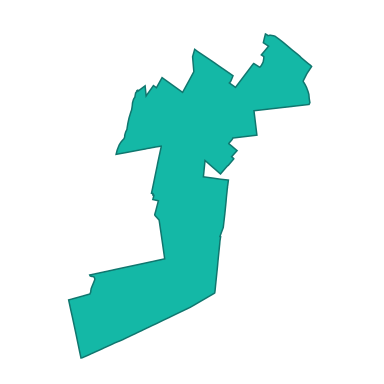 Lehliu Gara, Calarasi, Romania (Albers equal-area conic projection), rotated 168°
{"feature_id": "2599482B17056969376019", "entity_name": "Lehliu Gara", "entity_type": "district", "adm_level": 2, "iso_a3": "ROU", "parent_name": "Romania", "parent_adm1": "Calarasi", "projection": "albers", "projection_center": [26.883, 44.461], "detail": "fine", "context": "isolated", "style": "filled", "palette": "teal", "viewbox_px": 384, "rotation_deg": 168, "n_neighbors": 0, "source": "geoboundaries", "source_scale": "gbopen_adm2", "svg_char_len": 3681}
<svg xmlns="http://www.w3.org/2000/svg" viewBox="0 0 384 384"><g transform="rotate(168 192 192)"><path d="M159.7,331.0L163.3,324.2L164.7,313.2L165.2,309.3L171.8,301.5L180.5,291.4L197.5,310.1L205.1,301.4L207.6,304.1L216.9,295.5L215.8,305.6L223.6,302.0L223.5,302.6L223.8,302.9L224.3,302.8L225.0,302.4L225.4,301.6L226.2,300.8L226.5,300.7L228.3,296.4L228.7,296.1L229.1,295.8L229.6,295.2L230.3,294.2L231.0,292.8L231.7,291.5L232.5,288.8L233.7,285.6L234.2,284.5L235.0,283.3L238.2,277.5L240.5,272.4L242.2,268.0L242.6,266.8L244.4,264.5L245.7,262.1L246.2,260.9L246.3,260.1L247.4,258.3L249.3,257.0L251.2,255.5L253.4,253.2L254.8,251.1L256.5,248.5L257.4,246.7L257.6,246.2L257.9,245.7L258.4,244.6L248.8,244.3L231.0,243.9L229.1,243.8L228.2,243.8L227.3,243.9L225.6,243.8L223.9,243.7L221.9,243.7L219.9,243.6L219.0,243.6L218.1,243.6L215.0,243.4L212.6,243.3L212.6,242.9L219.3,228.0L220.6,224.9L225.3,214.2L227.6,208.9L230.2,203.0L231.5,200.1L231.9,199.2L230.7,198.7L230.9,198.1L230.5,197.9L230.8,197.0L230.0,196.7L230.8,194.9L231.9,192.8L226.7,190.4L228.9,186.0L231.5,180.8L233.1,177.8L233.2,177.4L233.1,176.9L232.9,176.4L232.7,176.0L231.9,174.7L230.6,172.4L230.0,171.3L230.0,171.2L231.6,146.8L232.6,132.3L254.3,132.2L275.7,132.2L309.3,132.1L309.2,131.5L309.0,131.0L307.8,130.3L306.5,129.9L305.4,129.1L305.1,127.1L305.5,126.2L307.1,123.8L309.7,120.0L310.7,118.5L311.5,116.5L311.7,115.7L312.0,115.0L313.2,113.4L314.2,113.4L324.7,112.7L335.1,112.1L335.1,108.2L335.1,101.3L335.0,94.6L335.0,91.8L335.0,77.1L335.1,60.1L335.1,52.7L333.7,52.7L331.5,53.2L331.3,53.2L328.8,53.7L326.5,54.2L324.8,54.6L324.2,54.8L322.9,55.0L320.3,55.6L316.5,56.4L312.4,57.3L310.6,57.8L308.7,58.2L304.0,59.2L301.4,59.8L299.8,60.2L299.6,60.3L295.2,61.1L294.3,61.2L292.2,61.6L290.8,61.9L290.2,62.0L289.7,62.2L289.2,62.3L288.5,62.5L288.4,62.5L287.6,62.7L286.8,62.9L286.1,63.1L284.7,63.4L283.4,63.7L282.3,64.0L281.5,64.2L281.0,64.3L280.5,64.4L279.8,64.6L278.3,64.9L278.0,65.0L277.0,65.2L275.2,65.7L273.5,66.1L271.8,66.5L270.8,66.7L269.6,67.0L268.5,67.3L267.4,67.6L266.8,67.7L265.6,68.0L264.5,68.3L263.4,68.5L258.6,69.7L255.8,70.3L253.6,70.8L251.3,71.4L246.6,72.6L240.5,74.0L240.3,74.0L239.8,74.2L234.6,75.5L230.1,76.6L218.1,79.5L217.7,79.6L217.3,79.7L217.1,79.8L215.2,80.4L213.3,81.0L208.2,82.7L191.8,88.1L190.8,88.5L190.7,88.7L190.0,90.6L187.9,97.2L186.2,102.5L185.3,105.3L182.4,114.3L181.0,118.9L175.8,135.1L174.8,138.4L173.3,142.3L174.0,142.6L168.8,150.8L164.5,163.6L161.0,174.5L159.5,179.5L158.6,182.3L157.7,185.0L157.1,187.0L156.6,188.4L156.3,189.2L156.0,190.4L155.7,191.0L155.1,192.7L153.9,196.1L161.8,198.7L168.5,201.2L177.7,204.5L172.7,220.1L160.4,203.7L154.0,208.6L151.7,210.3L151.1,210.4L144.4,215.6L144.2,215.8L144.2,216.0L144.3,216.1L145.9,218.3L139.3,223.1L142.7,227.5L143.4,228.4L143.6,228.7L143.7,228.8L144.1,229.3L146.0,231.6L146.0,231.8L142.2,234.7L141.2,235.7L140.8,236.3L116.7,234.1L114.5,258.6L67.7,254.1L60.4,253.4L59.8,253.4L59.3,253.3L58.1,254.9L57.9,259.1L57.4,263.2L57.6,266.1L58.1,269.5L58.2,270.3L59.0,273.4L59.7,275.5L60.2,276.6L60.2,277.4L58.7,279.3L55.0,283.9L48.9,289.9L49.3,290.6L49.9,291.5L51.6,293.4L57.3,300.7L58.3,302.4L59.3,303.7L60.3,305.0L62.2,307.3L64.2,309.7L70.6,318.0L71.8,319.5L75.0,323.3L78.4,327.1L79.6,327.8L83.1,329.2L84.1,329.1L85.3,329.2L85.6,329.8L87.3,331.3L89.0,327.9L91.2,323.2L86.8,318.7L91.7,314.8L95.7,311.7L93.6,309.5L93.6,309.4L94.1,307.6L94.5,306.5L95.4,304.3L97.9,301.3L99.5,300.1L99.8,300.0L100.1,300.2L100.4,300.5L104.9,304.9L105.0,304.9L107.2,303.1L127.7,285.3L132.8,290.9L131.4,291.9L131.1,292.3L130.6,292.9L127.7,297.2L139.9,310.1L141.2,311.5L142.9,313.4L154.4,325.3L156.4,327.3L157.6,328.6L159.7,331.0Z" fill="#14b8a6" stroke="#0f766e" stroke-width="1.5"/></g></svg>